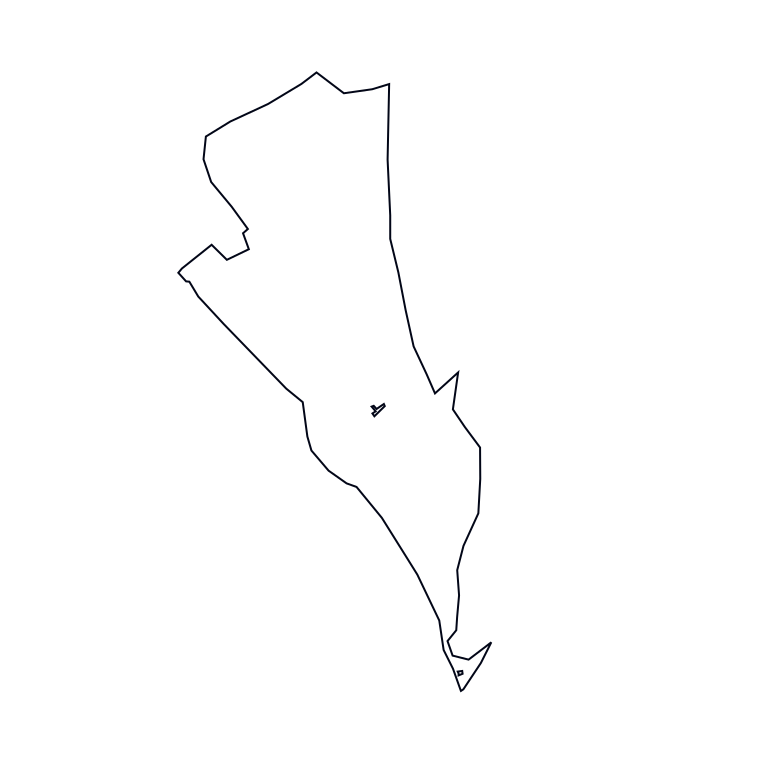 Khavas, Sirdaryo, Uzbekistan (Equal Earth projection), rotated 64°
{"feature_id": "79887680B15135305398470", "entity_name": "Khavas", "entity_type": "district", "adm_level": 2, "iso_a3": "UZB", "parent_name": "Uzbekistan", "parent_adm1": "Sirdaryo", "projection": "equal_earth", "projection_center": [68.817, 40.265], "detail": "fine", "context": "isolated", "style": "outline", "palette": "ink", "viewbox_px": 768, "rotation_deg": 64, "n_neighbors": 0, "source": "geoboundaries", "source_scale": "gbopen_adm2", "svg_char_len": 1122}
<svg xmlns="http://www.w3.org/2000/svg" viewBox="0 0 768 768"><g transform="rotate(64 384 384)"><path d="M193.9,520.1L205.0,516.9L206.7,514.1L224.0,512.6L239.5,507.9L259.4,501.9L345.3,473.9L364.7,465.0L397.6,475.9L412.0,478.4L437.6,471.8L456.9,461.2L464.5,453.8L503.4,444.6L551.6,439.5L570.0,437.6L595.2,437.8L620.8,438.0L649.2,447.0L670.1,446.8L693.4,449.4L693.6,449.4L693.2,446.5L677.2,419.2L663.2,400.8L668.8,428.8L658.2,441.4L642.9,439.6L637.0,427.0L625.3,420.3L606.9,409.2L583.4,399.8L564.3,383.5L541.6,355.9L511.5,339.1L483.2,325.5L458.1,330.2L437.0,333.2L406.1,312.3L414.8,342.3L393.9,341.4L363.2,340.9L327.2,332.2L290.1,322.2L256.3,314.8L235.2,304.5L183.9,282.4L116.7,247.9L113.9,265.4L105.1,292.6L74.4,308.1L78.1,326.7L81.5,365.4L80.7,407.0L83.5,435.6L102.9,447.7L126.7,450.8L157.9,443.2L185.0,438.4L186.7,444.6L203.6,446.4L203.5,470.8L183.3,477.9L191.6,515.0L193.9,520.1ZM404.2,393.0L408.8,406.8L405.4,407.3L404.9,403.5L398.9,405.0L399.1,402.8L403.2,401.6L401.9,392.9L404.2,393.0ZM678.9,440.4L678.6,444.7L677.1,443.9L674.8,443.8L676.2,439.5L678.9,440.4Z" fill="none" stroke="#020617" stroke-width="2"/></g></svg>